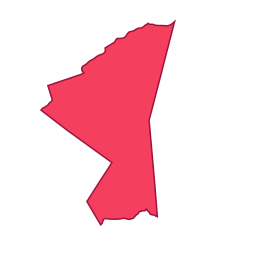 São João do Cariri, Paraíba, Brazil (orthographic projection), rotated 342°
{"feature_id": "56859067B8210995761368", "entity_name": "São João do Cariri", "entity_type": "district", "adm_level": 2, "iso_a3": "BRA", "parent_name": "Brazil", "parent_adm1": "Paraíba", "projection": "orthographic", "projection_center": [-36.484, -7.475], "detail": "fine", "context": "isolated", "style": "filled", "palette": "rose", "viewbox_px": 256, "rotation_deg": 342, "n_neighbors": 0, "source": "geoboundaries", "source_scale": "gbopen_adm2", "svg_char_len": 1337}
<svg xmlns="http://www.w3.org/2000/svg" viewBox="0 0 256 256"><g transform="rotate(342 128 128)"><path d="M205.2,41.2L202.5,42.4L200.4,43.0L197.2,43.1L195.2,42.3L193.3,41.5L191.0,40.7L189.3,40.2L187.6,39.5L185.5,38.6L184.2,37.4L182.4,36.6L180.3,35.9L179.4,34.6L177.9,35.2L176.4,35.5L174.3,36.3L172.1,36.9L170.3,36.7L168.7,36.3L167.1,36.4L165.6,36.7L163.9,37.3L161.3,37.2L158.8,37.0L157.1,37.8L155.9,38.8L154.6,39.8L152.7,40.8L151.2,41.0L149.7,40.7L147.5,40.2L145.3,39.5L143.3,40.7L142.0,42.1L131.0,44.8L130.2,48.1L127.5,49.7L125.6,49.8L123.0,49.8L120.1,50.4L115.8,51.9L113.6,52.1L111.8,52.6L110.4,53.2L108.7,54.0L106.5,54.8L104.4,55.1L102.6,56.5L101.9,59.2L103.0,62.0L100.0,62.5L64.9,62.9L64.7,77.4L63.7,79.0L61.7,79.5L60.3,80.4L59.0,81.3L56.7,82.1L54.5,82.5L52.3,83.1L50.8,84.2L70.0,112.1L102.0,155.9L96.6,160.4L85.9,169.0L66.2,185.2L72.1,211.7L74.0,210.7L75.2,209.0L76.4,207.5L77.8,207.0L80.0,207.8L82.4,208.9L84.8,209.8L86.5,210.4L88.4,211.0L91.4,211.8L93.7,212.2L95.3,212.4L96.8,212.8L98.6,214.0L100.5,215.1L102.8,215.4L105.2,215.5L107.0,214.4L108.9,213.3L111.2,212.6L112.4,211.2L116.6,211.3L118.9,211.9L120.3,210.8L121.1,212.9L122.2,214.9L122.4,216.7L124.2,218.1L126.2,218.9L127.2,220.4L128.5,221.4L135.3,193.0L149.9,129.7L150.1,127.7L174.7,89.2L181.0,79.2L205.2,41.2Z" fill="#f43f5e" stroke="#9f1239" stroke-width="1.5"/></g></svg>